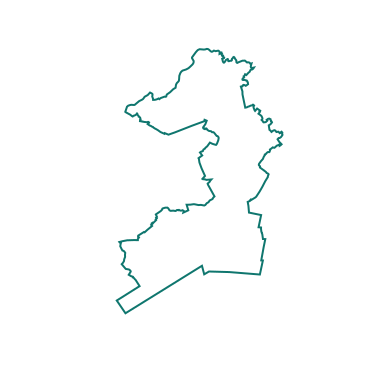 the district of Binh Chanh, Hồ Chí Minh city, Vietnam, rotated 226°
{"feature_id": "81297802B93683261125538", "entity_name": "Binh Chanh", "entity_type": "district", "adm_level": 2, "iso_a3": "VNM", "parent_name": "Vietnam", "parent_adm1": "Hồ Chí Minh city", "projection": "natural_earth1", "projection_center": [106.606, 10.749], "detail": "fine", "context": "isolated", "style": "outline", "palette": "teal", "viewbox_px": 384, "rotation_deg": 226, "n_neighbors": 0, "source": "geoboundaries", "source_scale": "gbopen_adm2", "svg_char_len": 6095}
<svg xmlns="http://www.w3.org/2000/svg" viewBox="0 0 384 384"><g transform="rotate(226 192 192)"><path d="M169.7,294.1L170.1,296.5L170.4,296.9L171.0,297.0L171.9,298.2L173.2,298.3L173.3,297.9L173.1,296.6L173.4,295.9L174.3,296.1L175.4,296.0L176.5,294.4L178.1,294.6L179.0,294.4L179.7,293.3L180.0,290.9L181.6,291.1L182.9,290.9L186.6,293.5L186.2,295.5L186.5,297.9L187.0,298.1L187.9,297.9L188.2,298.4L189.6,298.6L189.8,299.0L190.5,298.8L191.2,298.5L191.8,297.5L192.0,295.9L191.0,295.8L191.0,294.1L191.2,293.4L192.3,291.9L192.6,291.8L193.8,292.1L195.5,292.1L195.6,293.3L196.1,293.9L198.1,294.7L199.4,294.7L202.1,294.2L202.5,296.6L203.1,296.6L203.2,297.5L206.8,296.8L206.5,293.7L207.3,293.8L209.9,294.9L210.7,295.6L211.0,296.8L211.4,297.2L211.3,296.9L212.2,296.7L212.5,296.5L212.6,295.4L213.4,294.2L213.9,292.6L214.5,291.4L214.8,290.3L215.7,288.9L227.1,296.1L229.4,298.2L233.9,300.4L233.5,301.2L233.0,301.6L233.0,302.0L233.4,303.0L233.3,303.4L232.2,304.2L231.2,304.3L231.0,304.6L230.6,307.2L232.2,308.4L233.1,308.4L233.4,308.7L234.3,308.8L235.0,308.1L236.1,307.8L237.1,306.5L237.6,306.3L238.0,306.5L238.3,307.0L238.4,308.0L238.4,309.1L238.9,309.1L239.3,309.5L239.0,309.9L239.8,312.0L238.4,312.3L238.4,312.5L238.6,315.7L238.4,316.8L239.2,319.1L238.3,320.5L238.2,321.7L238.5,323.0L239.7,321.1L240.7,321.0L241.3,321.3L242.0,322.2L243.1,324.1L243.5,323.2L243.9,323.0L244.4,323.2L245.1,323.2L245.9,322.8L246.6,322.2L246.9,321.6L249.8,321.3L251.4,319.5L253.1,315.4L253.3,314.4L253.7,314.1L254.5,314.1L255.9,315.3L258.2,315.6L259.2,316.0L260.1,315.9L260.3,315.4L260.0,314.4L260.0,313.2L259.1,312.2L259.1,311.5L259.9,310.6L260.2,309.8L260.8,309.1L261.1,309.1L262.7,310.1L262.9,310.0L263.4,308.3L262.8,306.0L262.8,304.9L263.0,304.7L263.4,304.6L264.5,304.9L266.9,306.3L266.6,307.0L266.3,307.3L266.1,308.0L266.4,308.5L267.0,308.3L267.5,308.5L267.9,308.4L268.1,308.5L268.3,309.0L268.7,309.1L269.1,308.8L269.1,308.3L269.4,308.3L270.0,308.9L270.6,309.0L270.8,309.6L271.0,309.5L271.5,308.8L271.7,310.0L271.9,310.1L272.3,309.5L272.2,308.2L272.3,307.8L273.6,309.2L274.2,309.3L275.2,309.2L275.7,308.7L276.9,306.8L278.5,306.0L278.8,304.2L279.2,303.6L280.2,303.2L282.4,303.1L283.4,302.9L284.0,302.6L284.7,302.0L285.4,300.5L286.3,299.4L289.4,296.7L290.0,295.1L290.1,294.3L289.9,291.8L288.8,285.5L288.3,285.0L285.1,284.2L284.2,283.3L283.6,282.1L283.4,280.8L283.4,277.9L283.5,275.5L284.2,273.0L285.9,269.5L286.0,267.8L285.6,266.1L284.4,263.6L282.2,261.2L281.1,259.8L280.9,258.4L280.9,256.9L280.6,255.8L280.2,254.9L278.4,252.6L279.0,249.9L279.0,245.6L279.6,241.7L279.4,241.1L278.6,239.8L278.8,239.2L279.6,238.6L281.3,234.8L281.5,233.0L282.5,232.9L282.9,231.6L283.6,230.1L284.3,229.1L285.3,228.0L286.1,228.7L288.4,229.8L289.3,231.1L290.0,231.6L290.6,231.6L292.7,230.9L292.5,227.5L293.4,224.1L292.9,221.6L293.1,220.2L294.1,217.1L294.5,211.3L294.9,210.7L296.9,208.9L297.5,208.0L298.4,206.1L298.5,204.5L296.0,199.7L295.2,199.8L290.4,201.3L288.4,201.5L287.5,201.8L287.5,202.9L287.1,203.4L286.5,205.2L286.7,207.0L286.2,207.0L285.6,206.5L282.9,206.3L282.9,206.1L281.6,206.4L279.7,205.3L279.4,204.8L279.8,204.6L279.1,203.8L277.2,205.3L277.1,205.2L275.6,206.3L273.1,208.4L273.1,208.9L272.7,209.3L272.4,209.2L271.8,209.4L271.6,208.9L271.6,207.3L269.4,207.7L268.1,208.3L266.5,208.7L265.8,209.1L265.3,209.0L263.1,209.5L262.7,209.7L260.3,210.4L257.0,211.0L253.0,212.6L253.3,213.3L249.6,214.9L246.8,221.0L239.7,238.0L234.4,250.0L235.2,251.2L233.1,252.1L231.5,248.7L230.8,244.9L230.0,244.4L229.9,244.4L229.8,245.0L229.5,245.0L229.4,244.7L229.1,244.6L228.6,244.7L228.1,245.1L228.1,246.1L227.7,246.5L227.1,246.5L226.4,246.2L224.6,246.5L223.9,246.8L222.5,247.9L221.0,248.0L220.2,248.9L219.4,249.1L215.2,248.7L214.5,249.2L213.8,249.2L213.0,249.1L212.3,248.7L211.0,246.9L209.6,243.9L209.2,242.7L209.2,242.0L211.6,240.6L212.6,240.1L215.1,239.2L214.3,234.6L214.5,232.3L214.2,231.6L214.6,229.7L213.9,228.3L214.0,227.8L214.6,226.9L214.9,225.2L211.2,224.7L211.8,220.2L211.1,220.0L208.0,217.8L202.3,215.3L194.5,212.5L194.2,208.6L193.7,208.7L191.8,210.3L190.8,210.7L187.6,214.6L187.5,213.2L187.0,211.3L187.2,210.3L187.1,209.0L185.9,208.5L173.2,205.1L173.2,203.5L172.7,201.8L173.6,198.9L173.2,196.7L173.7,194.8L173.4,192.6L173.8,191.4L176.5,189.5L178.1,187.6L181.3,185.4L182.1,184.7L184.2,181.8L186.6,179.3L181.4,176.6L183.2,171.5L184.0,172.9L185.4,172.6L185.9,171.6L186.6,170.8L187.8,170.2L188.1,169.8L188.3,170.0L189.2,169.0L189.5,168.6L189.7,167.1L190.0,166.8L191.7,165.5L193.2,163.6L194.4,163.1L196.8,163.6L197.9,163.4L199.3,161.9L200.5,159.6L200.6,159.1L200.1,158.3L200.0,156.3L201.0,150.4L198.4,149.5L198.5,148.4L197.5,148.3L197.5,146.8L196.7,146.6L196.7,142.4L197.3,142.3L197.4,141.4L196.6,141.4L196.7,139.8L195.3,139.7L195.8,133.7L195.9,129.9L196.6,129.7L198.0,123.0L197.2,122.0L196.2,122.3L195.7,120.2L195.0,119.6L197.7,116.9L202.3,111.8L204.8,108.0L206.5,105.0L205.9,104.9L204.7,105.4L204.1,104.4L202.8,102.7L199.4,101.6L198.2,101.3L197.5,101.8L196.4,102.0L194.6,101.7L193.4,100.2L191.8,98.8L190.7,96.5L189.5,95.0L189.0,93.0L188.9,91.3L182.7,90.9L180.1,92.8L179.0,93.0L178.0,93.0L177.3,92.6L176.4,89.0L173.8,89.7L172.1,90.6L171.6,90.1L170.9,90.5L168.9,90.3L168.1,90.4L160.7,88.9L166.2,62.5L151.0,59.9L132.0,147.9L124.3,143.6L123.0,149.0L108.5,163.2L85.5,183.5L93.5,195.4L94.7,194.3L102.6,205.3L107.2,212.0L108.9,210.4L112.9,213.3L113.8,213.6L114.2,214.1L115.1,214.2L117.5,216.0L118.5,217.0L120.4,215.4L127.4,225.7L137.6,218.7L142.9,223.0L146.2,225.2L145.4,227.2L145.7,227.7L145.7,228.5L145.3,228.2L144.1,233.6L144.0,234.9L145.4,241.1L146.9,246.3L148.9,252.2L150.1,257.0L150.6,257.4L151.5,259.4L151.7,259.5L152.7,259.4L153.8,258.9L155.2,259.1L162.4,257.9L162.8,258.5L163.3,258.8L164.6,258.7L165.1,258.9L165.7,259.8L166.3,263.1L166.5,265.9L167.6,268.4L167.9,270.1L168.4,270.4L168.3,270.9L168.0,271.6L168.2,272.8L168.1,274.1L167.8,274.6L167.1,275.1L167.0,275.6L167.8,277.2L168.4,277.5L168.4,277.9L168.2,278.7L168.0,281.1L166.7,281.8L166.5,282.2L166.4,285.3L165.9,286.3L165.5,288.0L165.1,287.9L164.3,287.2L164.1,288.1L164.1,289.6L167.6,289.6L170.5,290.2L170.6,291.8L170.0,292.4L169.7,294.1Z" fill="none" stroke="#0f766e" stroke-width="2"/></g></svg>